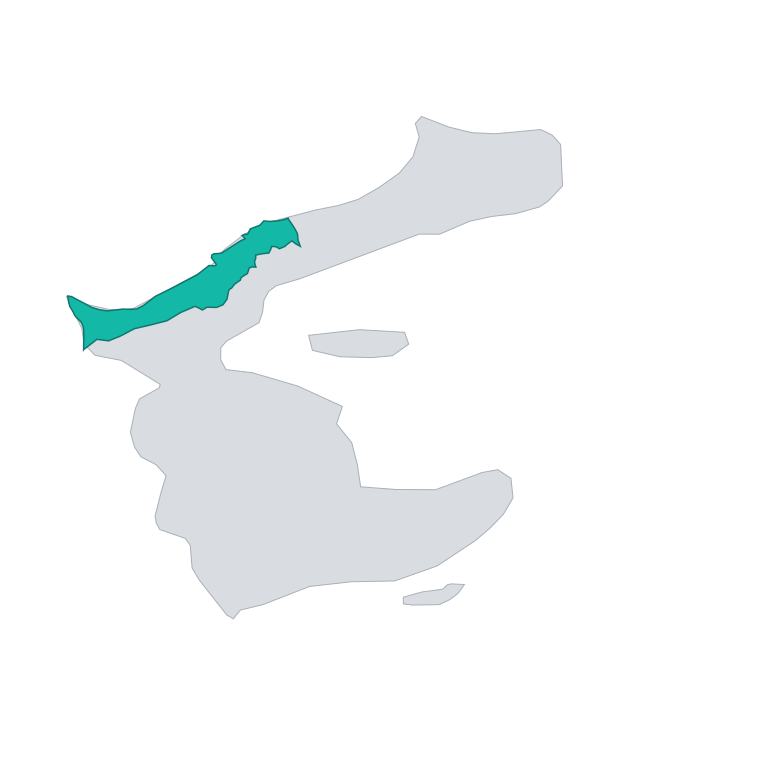 Haiti, with Sud-Est highlighted, rotated 153°
{"feature_id": "HTI-1389", "entity_name": "Sud-Est", "entity_type": "Department", "adm_level": 1, "iso_a3": "HTI", "parent_name": "Haiti", "parent_adm1": "", "projection": "robinson", "projection_center": [-72.47, 18.22], "detail": "fine", "context": "in_parent", "style": "filled", "palette": "teal", "viewbox_px": 768, "rotation_deg": 153, "n_neighbors": 0, "source": "natural_earth", "source_scale": "10m", "svg_char_len": 2767}
<svg xmlns="http://www.w3.org/2000/svg" viewBox="0 0 768 768"><g transform="rotate(153 384 384)"><path d="M624.9,243.2L629.0,249.6L637.6,293.2L638.5,307.2L629.9,328.2L631.1,336.6L649.8,356.0L650.1,363.0L648.0,370.1L632.0,388.5L619.8,401.2L623.7,415.6L633.6,429.4L634.9,440.9L631.9,456.1L616.7,475.0L608.7,481.7L586.1,482.6L583.6,485.2L594.8,503.7L607.6,524.5L628.4,540.7L633.1,555.9L628.1,570.4L627.3,606.0L611.4,588.7L593.8,574.2L583.3,568.6L572.4,565.1L489.0,566.9L479.7,569.4L472.4,574.1L464.6,576.4L441.7,580.7L418.8,581.7L365.6,570.0L344.5,564.0L323.2,560.2L298.9,561.4L274.6,565.0L255.1,573.3L240.5,588.1L237.8,601.9L229.2,605.4L209.6,583.5L191.6,568.0L171.0,556.3L128.9,539.6L121.2,529.5L117.9,517.2L135.0,479.5L154.4,472.5L165.0,471.2L189.0,475.9L212.3,484.5L233.6,490.1L266.6,492.3L284.5,501.6L411.2,516.0L435.3,520.5L444.7,518.9L452.8,513.3L459.6,503.1L467.5,495.4L505.1,493.7L513.0,490.3L518.5,479.7L518.3,468.6L496.2,453.8L461.7,421.2L431.3,382.9L444.4,370.0L439.4,346.4L444.3,324.5L451.5,303.0L421.5,284.7L386.0,266.4L336.7,260.6L321.5,256.0L313.7,242.3L320.8,223.9L336.8,213.7L355.1,207.4L373.8,203.0L419.1,197.8L464.0,203.7L502.8,222.6L542.2,237.4L592.0,242.4L614.5,247.8L624.9,243.2ZM432.5,446.4L429.1,461.6L381.1,443.5L342.2,420.7L343.9,408.3L363.7,405.4L382.8,413.0L410.9,428.3L432.5,446.4ZM458.9,174.1L466.5,179.2L463.6,185.3L444.7,181.5L425.1,174.6L418.7,176.3L414.8,175.4L403.4,168.8L413.4,163.7L423.8,162.0L435.1,162.4L458.9,174.1Z" fill="#d9dde1" stroke="#a8b0b8" stroke-width="1"/><path d="M636.1,550.9L636.0,551.1L627.7,566.9L626.2,570.9L625.7,575.2L625.9,577.2L628.0,583.4L628.4,585.8L628.3,589.4L628.7,595.7L628.0,599.4L625.8,606.0L622.7,603.7L609.6,584.9L603.8,579.3L597.2,574.7L582.4,569.2L576.3,565.7L570.2,563.1L562.9,563.1L547.9,565.9L528.3,565.7L500.9,566.1L486.1,569.0L482.4,566.8L480.1,565.9L479.1,566.7L480.4,575.0L478.6,577.2L476.4,577.2L471.2,575.0L468.4,574.5L446.3,576.7L441.7,576.4L442.1,577.4L442.6,579.8L443.0,580.8L440.2,580.6L439.1,580.3L437.8,579.2L432.6,582.9L422.2,581.8L417.1,583.9L412.2,580.8L405.5,577.9L398.4,575.8L394.1,575.3L394.3,574.3L393.8,570.5L393.3,566.7L392.9,562.0L392.9,557.2L395.3,551.1L396.1,544.7L398.8,548.6L401.1,553.4L405.0,552.8L410.1,551.6L413.0,551.8L415.8,552.0L417.9,555.4L421.9,557.6L424.1,555.1L427.2,553.0L433.6,555.4L439.8,557.1L441.3,554.1L443.6,552.1L444.6,549.4L445.1,546.3L448.1,548.1L451.4,548.6L453.4,546.5L455.6,544.4L459.3,544.2L462.9,543.7L465.0,541.7L467.5,541.4L471.8,540.8L476.4,538.6L478.7,538.6L480.6,537.0L485.3,530.9L491.5,527.7L498.3,528.2L503.2,530.8L506.8,532.8L512.2,532.4L514.5,535.8L517.1,539.0L532.7,540.0L548.7,538.9L565.0,542.6L581.3,546.6L597.1,546.4L609.8,547.5L619.5,554.1L635.9,551.0L636.1,550.9Z" fill="#14b8a6" stroke="#0f766e" stroke-width="1.5"/></g></svg>